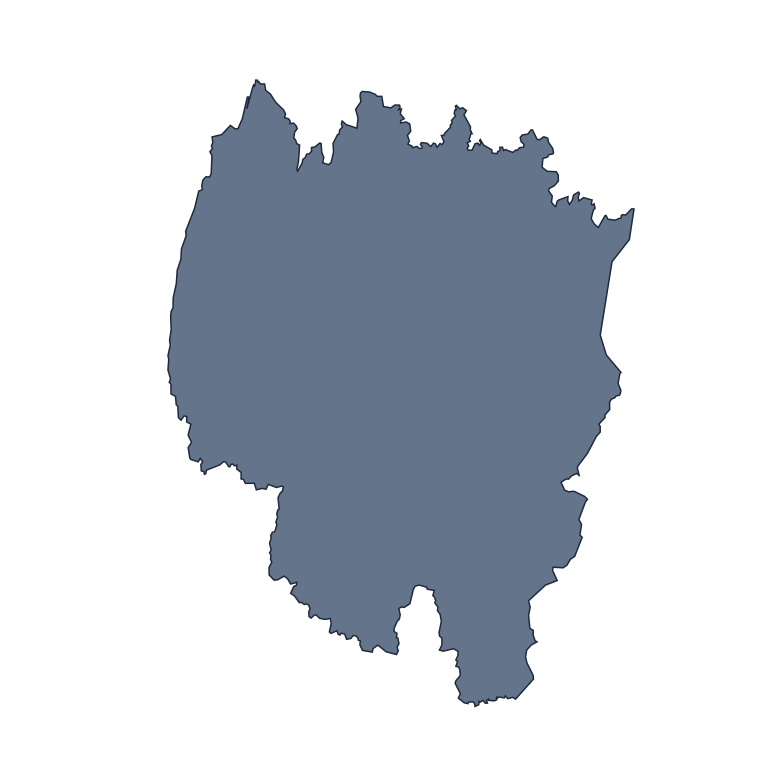 outline of Mindat, Chin, Myanmar, rotated 15°
{"feature_id": "60261553B42580025975984", "entity_name": "Mindat", "entity_type": "district", "adm_level": 2, "iso_a3": "MMR", "parent_name": "Myanmar", "parent_adm1": "Chin", "projection": "natural_earth1", "projection_center": [93.412, 21.435], "detail": "fine", "context": "isolated", "style": "filled", "palette": "slate", "viewbox_px": 768, "rotation_deg": 15, "n_neighbors": 0, "source": "geoboundaries", "source_scale": "gbopen_adm2", "svg_char_len": 6165}
<svg xmlns="http://www.w3.org/2000/svg" viewBox="0 0 768 768"><g transform="rotate(15 384 384)"><path d="M322.1,111.8L319.3,115.5L311.7,116.1L307.4,106.7L302.9,107.9L300.7,106.5L294.6,105.7L287.2,107.1L286.0,108.9L286.3,112.0L288.6,117.3L285.5,126.0L290.1,133.9L291.6,144.0L280.3,143.2L275.5,140.8L275.5,143.7L277.3,146.7L275.4,150.0L276.0,154.1L274.6,155.0L272.5,164.8L275.2,172.9L275.6,183.7L273.7,186.5L267.5,186.2L267.2,180.7L263.8,176.1L261.0,167.9L259.4,168.0L255.8,173.0L252.7,174.3L253.8,177.8L252.2,181.0L249.8,182.0L249.2,185.9L247.5,188.0L247.7,192.1L245.4,200.8L244.2,198.9L243.9,191.6L240.6,175.0L237.6,174.5L235.3,171.0L233.2,169.9L232.5,163.7L234.1,159.9L232.6,157.6L229.2,155.4L225.6,156.8L225.3,154.4L223.3,152.6L219.0,152.4L219.0,148.6L216.1,145.3L206.4,139.9L199.2,133.3L193.7,131.0L191.0,125.1L186.7,126.2L185.2,124.5L184.0,124.9L183.4,123.3L181.4,123.7L182.0,127.2L181.8,129.7L180.7,128.8L180.4,130.4L180.3,153.7L179.4,141.7L177.7,142.2L178.5,164.3L176.9,175.1L174.2,176.1L168.7,174.0L162.7,185.1L154.0,189.8L156.2,195.4L155.7,198.9L157.4,201.0L155.7,204.7L158.7,207.9L162.6,225.4L162.0,229.1L158.3,230.0L156.2,234.1L156.8,240.4L158.4,243.0L155.1,245.7L155.6,263.0L152.9,287.7L154.5,292.1L153.4,306.0L155.5,316.1L154.8,327.5L157.4,340.8L158.1,355.5L160.5,364.8L159.6,368.7L160.3,373.4L164.4,386.7L165.5,397.1L167.5,401.9L168.0,412.5L169.7,416.0L171.7,426.4L176.5,434.3L176.1,437.9L178.3,439.4L180.8,448.7L185.8,449.9L188.7,457.9L190.6,458.8L194.1,469.7L197.3,471.5L199.1,466.6L201.8,466.5L203.2,471.7L207.9,472.8L208.0,484.1L213.2,490.2L211.3,496.1L215.5,505.6L216.9,506.9L224.7,507.3L225.8,503.4L229.1,506.3L227.9,509.1L230.0,515.2L232.7,515.2L233.9,517.7L235.0,516.9L234.9,513.1L246.4,504.6L249.2,500.4L251.2,500.4L255.4,504.0L256.6,503.9L257.0,501.3L258.4,500.5L261.0,501.7L262.8,500.5L263.9,504.4L268.9,506.4L270.5,512.7L272.9,512.5L275.8,515.9L284.4,513.4L288.1,519.3L293.4,516.4L297.3,516.2L298.2,510.9L306.8,511.8L311.8,509.0L313.4,509.6L313.6,513.7L312.0,516.2L311.1,521.3L315.1,532.1L314.0,533.2L314.0,537.3L315.7,540.0L315.3,545.6L316.9,547.4L316.9,552.5L316.6,555.1L314.5,556.2L313.8,559.8L315.0,562.3L314.6,567.2L318.0,573.7L317.1,576.7L319.1,578.5L319.8,582.7L321.7,585.2L320.4,590.9L322.5,598.2L328.6,601.9L331.9,600.7L337.3,595.4L341.3,597.1L345.5,601.4L351.2,598.2L351.4,601.3L349.2,602.9L348.0,610.4L352.5,611.9L358.7,617.1L361.0,616.3L364.0,617.6L366.1,616.4L368.6,617.2L370.7,620.2L370.3,623.6L371.8,628.0L374.1,629.0L376.6,625.1L378.4,624.7L382.5,627.0L388.1,626.6L392.7,624.4L395.0,628.9L395.4,637.6L397.4,638.6L402.4,634.5L404.5,637.6L406.4,637.9L407.1,635.8L410.8,635.8L413.9,640.3L417.8,638.4L419.3,635.0L421.7,634.5L424.5,636.0L425.4,638.1L427.5,638.2L428.3,642.3L432.2,646.9L442.1,646.0L441.9,642.4L445.7,637.8L455.3,642.1L466.1,642.1L466.8,638.0L464.8,634.8L465.7,631.0L463.1,625.7L461.7,625.8L461.1,621.5L457.7,620.4L457.0,617.5L458.2,609.9L459.7,607.1L459.4,602.8L456.4,597.0L458.5,594.9L461.5,594.4L465.9,589.5L465.5,575.0L466.3,571.3L469.9,569.1L477.4,569.2L479.0,571.0L485.9,570.4L486.0,575.8L488.3,577.1L489.9,580.0L489.7,582.2L494.0,585.7L494.2,589.0L497.9,592.1L500.8,598.4L501.5,609.8L502.9,613.1L505.7,614.6L507.5,621.1L506.4,626.7L510.4,626.7L519.7,621.7L524.8,623.1L525.7,627.3L524.8,632.0L526.9,633.1L526.5,638.1L529.0,638.0L531.1,640.1L533.1,645.9L530.3,651.9L530.2,654.7L537.9,663.4L537.1,668.2L544.0,671.2L547.8,671.0L548.0,669.4L552.2,668.0L554.2,669.1L555.4,671.9L558.5,669.3L558.0,666.2L558.9,666.7L561.5,664.1L564.4,666.1L566.5,665.5L564.9,663.1L566.7,661.4L567.0,662.5L572.5,661.5L574.4,660.1L573.9,657.5L575.0,658.2L575.6,656.6L581.4,656.1L582.0,653.9L584.9,655.9L589.5,653.3L592.6,654.4L604.8,630.2L603.4,626.7L594.4,616.6L591.4,611.1L590.7,604.0L593.8,598.0L598.5,593.5L596.4,592.9L593.1,588.0L592.0,583.3L588.2,582.4L583.5,570.0L583.0,561.8L579.7,556.0L592.1,536.4L602.2,529.0L595.1,520.5L594.8,517.2L604.6,515.2L607.6,511.6L609.4,505.1L612.8,501.1L615.1,480.8L612.3,479.1L611.2,468.6L607.3,464.4L609.1,445.8L610.4,442.7L607.0,440.7L595.3,438.4L590.1,440.4L586.0,439.8L580.4,433.1L584.4,428.7L586.9,428.1L588.9,424.3L593.1,420.6L596.1,421.7L592.5,415.2L592.6,412.9L598.4,398.6L602.7,379.6L605.3,374.5L603.8,369.0L601.9,367.3L606.2,359.2L605.5,356.6L608.6,350.3L606.6,343.3L607.5,339.9L610.5,337.5L611.3,335.4L614.3,334.0L614.8,331.9L614.4,328.7L610.0,323.0L609.1,313.2L609.9,311.5L591.2,298.4L580.2,280.7L572.6,206.9L583.6,181.0L580.2,150.2L577.9,150.7L573.7,158.2L570.4,158.8L569.6,159.9L570.1,162.0L564.8,165.9L557.7,166.9L554.8,163.7L553.9,164.3L550.5,177.4L545.8,175.1L541.3,170.6L541.2,162.1L542.4,159.6L540.3,155.6L538.5,157.4L537.6,156.1L537.4,152.4L528.5,152.3L525.0,156.7L523.3,153.6L523.4,149.1L522.1,148.3L518.2,152.3L518.3,157.9L516.6,162.6L514.0,159.5L513.2,155.4L505.2,161.0L504.0,162.4L503.9,168.2L502.7,167.9L498.7,165.1L497.9,158.9L493.0,154.8L492.8,152.7L497.3,148.2L499.9,142.9L498.3,137.1L495.5,134.4L486.5,136.3L480.6,133.7L479.1,125.1L483.3,122.4L483.8,119.9L487.6,118.0L487.9,116.7L485.9,112.7L480.4,108.0L478.5,104.2L474.4,103.8L470.9,107.9L468.5,108.0L461.6,100.1L460.1,100.7L458.3,105.3L453.1,107.7L451.7,110.6L453.8,114.5L457.4,116.4L457.4,119.1L453.5,120.9L452.5,123.6L450.8,123.9L448.5,127.0L440.6,126.1L439.0,127.4L437.1,124.6L434.6,125.4L435.6,128.2L433.6,130.3L433.6,132.2L428.5,133.0L427.6,129.9L418.5,127.5L413.7,122.9L413.3,124.3L415.0,125.7L415.0,128.0L414.2,128.7L412.4,127.0L409.8,128.4L408.5,135.4L404.9,136.4L403.3,134.8L404.3,132.3L402.0,129.6L404.6,127.2L402.9,125.5L403.2,119.6L404.3,119.4L401.5,116.0L401.0,113.2L391.6,103.3L392.9,98.6L388.4,96.8L386.0,98.6L381.9,96.1L381.0,97.1L382.9,100.5L381.6,100.9L381.8,104.7L383.7,106.6L381.0,111.9L382.3,114.1L381.0,116.7L381.7,118.9L377.8,125.9L377.6,128.1L375.1,129.1L379.2,134.6L378.2,137.7L375.9,137.2L373.9,141.7L371.5,138.7L369.4,138.6L367.8,142.5L363.3,140.3L357.7,141.1L357.1,143.1L359.6,145.1L359.4,146.6L357.1,147.3L354.3,146.0L350.3,148.4L349.4,146.9L345.1,146.2L345.6,142.6L342.3,137.9L344.4,132.9L341.6,126.2L337.6,125.1L332.5,127.6L331.9,125.2L334.9,122.5L329.8,118.8L329.7,113.9L327.2,115.3L328.0,112.7L326.8,110.6L322.1,111.8Z" fill="#64748b" stroke="#1e293b" stroke-width="1.5"/></g></svg>